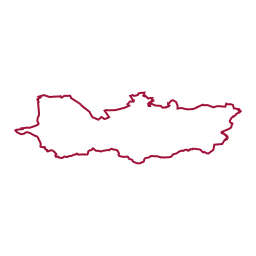 the district of Ezeres pag., Saldus, Latvia
{"feature_id": "27541924B94087058681493", "entity_name": "Ezeres pag.", "entity_type": "district", "adm_level": 2, "iso_a3": "LVA", "parent_name": "Latvia", "parent_adm1": "Saldus", "projection": "equal_earth", "projection_center": [22.341, 56.433], "detail": "fine", "context": "isolated", "style": "outline", "palette": "rose", "viewbox_px": 256, "rotation_deg": 0, "n_neighbors": 0, "source": "geoboundaries", "source_scale": "gbopen_adm2", "svg_char_len": 5710}
<svg xmlns="http://www.w3.org/2000/svg" viewBox="0 0 256 256"><path d="M15.4,130.3L16.1,131.4L17.4,132.5L19.2,133.4L20.7,134.0L21.7,134.2L22.6,134.1L24.3,133.5L25.9,132.4L26.5,132.3L27.8,132.3L29.1,132.7L30.3,133.2L33.2,134.9L35.0,135.8L36.7,136.3L37.5,137.0L37.8,137.4L38.3,138.3L39.0,140.1L39.4,140.8L39.7,141.1L40.1,141.9L40.2,142.6L40.8,143.9L40.6,145.2L40.4,146.1L40.5,146.6L40.8,146.8L41.5,147.0L42.8,147.1L44.3,147.0L44.9,147.3L45.0,147.5L44.6,148.1L44.6,148.3L45.7,149.4L47.1,149.9L47.2,150.4L47.0,150.7L47.0,151.0L47.3,151.4L47.7,151.4L48.5,151.1L49.1,151.1L49.9,150.5L51.2,150.3L52.0,150.4L52.5,150.5L53.0,150.8L53.5,151.2L53.9,151.6L54.7,152.2L55.4,153.2L56.1,153.7L56.3,154.4L56.2,154.6L55.9,154.9L55.5,155.2L55.3,155.4L55.7,156.6L56.1,156.9L56.7,156.9L57.5,156.5L58.1,156.5L58.5,156.8L58.6,157.3L59.0,157.6L61.3,158.0L61.8,158.0L62.8,157.6L64.0,156.7L64.4,156.5L64.8,156.5L65.7,156.9L67.2,157.1L68.4,156.3L71.7,155.8L74.1,154.6L75.8,154.5L76.0,154.4L76.3,153.8L76.8,153.6L77.4,153.7L78.4,154.7L78.7,154.7L79.5,154.5L81.3,154.5L82.1,154.4L83.1,154.3L83.7,154.5L84.2,154.6L85.7,154.4L87.2,154.5L87.8,153.8L88.0,153.4L88.1,152.6L88.2,151.6L88.4,151.3L88.9,150.8L90.0,150.3L90.7,150.3L91.4,150.1L91.8,149.7L92.0,149.3L92.3,148.8L92.7,148.5L93.2,148.5L93.8,148.7L94.2,149.4L95.6,150.5L96.5,150.8L99.0,150.9L100.4,151.4L100.7,151.4L101.3,151.4L102.8,150.8L104.5,150.6L107.0,150.1L107.9,150.0L108.6,150.2L109.1,150.3L109.4,150.1L110.7,149.0L111.5,148.8L111.8,148.8L112.7,149.3L115.1,149.8L115.7,149.8L116.7,150.1L117.3,150.5L117.6,150.7L117.7,151.3L118.0,151.7L118.6,152.5L118.6,152.9L118.9,153.4L119.0,153.9L118.9,154.2L118.5,154.7L118.9,155.7L119.1,155.9L119.7,156.1L120.3,156.2L121.2,156.5L123.9,156.9L127.5,156.6L127.8,156.8L128.4,157.3L128.6,158.2L128.8,158.6L129.6,159.0L131.9,159.7L132.4,160.1L132.5,160.4L132.5,160.7L132.6,161.0L133.6,161.9L136.1,162.9L138.3,163.4L139.4,163.4L140.4,163.1L141.6,162.5L141.9,162.2L142.8,162.2L143.6,161.6L143.8,161.4L144.0,161.0L144.1,160.5L144.1,160.0L144.2,159.6L144.7,158.8L145.2,158.3L145.9,158.0L147.8,157.7L148.6,157.5L150.4,156.5L150.9,156.0L151.5,156.0L152.4,156.1L153.4,156.1L155.4,156.3L156.3,156.3L157.1,156.1L158.8,156.8L160.4,157.2L160.7,157.5L162.5,157.2L163.6,157.5L164.7,157.5L166.2,157.3L168.0,157.3L169.8,157.1L170.8,156.8L171.2,156.6L172.2,155.6L172.5,155.0L172.6,154.7L172.9,154.4L176.2,153.5L177.2,153.0L178.8,151.8L179.9,151.2L181.0,151.0L182.4,150.5L182.7,150.6L183.1,150.8L183.5,150.9L184.4,150.2L186.3,149.7L186.8,149.7L187.5,150.0L187.7,150.6L188.3,150.6L188.7,150.6L189.0,150.4L189.1,150.2L189.7,150.0L189.8,149.9L189.7,149.6L190.1,149.3L190.4,149.2L190.9,149.1L191.4,149.3L192.3,149.4L192.5,149.0L192.6,148.9L193.6,148.7L199.3,149.4L200.1,149.6L200.5,149.8L201.4,150.8L201.9,151.1L202.6,152.1L202.9,152.3L203.2,152.4L204.1,152.0L204.4,152.0L205.1,152.3L206.2,153.1L206.6,153.3L207.4,153.3L208.5,153.5L208.6,153.4L210.8,151.7L211.7,151.0L212.5,150.6L213.5,149.5L213.8,147.3L214.1,146.4L214.3,144.7L222.2,144.0L224.2,140.7L225.1,139.6L225.2,139.9L225.5,140.0L225.7,139.9L226.1,139.3L226.7,139.2L226.9,139.2L226.9,138.6L227.2,138.4L227.3,138.3L227.2,138.0L227.4,137.8L227.1,137.6L227.4,137.3L227.4,136.5L226.2,136.1L225.9,135.9L225.9,135.7L226.3,135.4L225.7,134.8L224.7,134.7L224.7,134.2L224.1,133.9L223.9,133.7L222.5,133.5L222.0,133.3L221.9,133.2L222.1,133.1L222.7,133.1L222.9,132.6L223.2,132.1L223.1,131.9L222.8,131.9L221.8,132.1L221.7,132.0L221.7,131.9L222.9,131.5L223.7,131.1L227.2,129.7L230.2,128.2L230.7,127.8L231.3,127.0L231.8,124.9L232.4,123.5L230.5,122.7L229.8,120.9L231.5,117.9L232.7,116.9L232.8,116.6L233.3,116.5L233.7,116.6L234.0,116.2L234.7,115.8L235.7,115.0L235.9,114.7L236.1,114.2L236.9,113.5L238.8,112.8L239.3,112.4L239.8,112.2L240.2,111.7L240.1,111.3L240.5,111.2L240.3,110.9L239.9,110.9L240.1,110.7L239.8,110.5L239.3,110.3L239.5,110.2L239.2,109.9L239.2,109.5L238.7,109.6L238.7,109.2L238.0,109.2L237.8,109.0L237.5,109.0L233.9,108.3L232.9,105.0L230.3,104.1L228.2,104.4L226.3,103.6L225.3,106.7L217.4,106.1L213.2,107.3L207.9,105.2L207.3,105.1L202.3,105.1L202.3,104.9L197.4,107.0L197.5,107.2L196.7,107.5L194.3,108.7L191.2,109.2L187.1,109.3L183.3,108.5L181.6,108.0L180.3,108.1L177.5,108.6L177.6,106.0L176.6,103.3L176.4,102.6L176.0,102.0L173.0,100.2L171.1,100.8L168.7,103.7L168.1,103.4L168.1,104.0L168.1,104.9L169.1,105.5L168.9,105.6L168.8,106.4L168.3,106.5L167.2,106.9L166.1,107.0L166.0,107.5L162.5,107.6L160.7,105.9L155.2,105.5L152.0,104.0L151.2,103.0L150.0,104.5L150.2,106.0L148.6,106.0L148.1,103.8L149.7,102.2L153.3,100.9L153.4,100.3L151.8,99.8L151.9,98.6L152.3,98.1L150.5,97.9L149.4,98.2L148.3,98.6L147.6,98.0L147.3,97.6L146.3,96.6L145.3,96.5L145.3,95.9L143.6,96.0L143.3,95.7L144.3,94.9L144.0,94.4L144.4,92.6L143.0,92.9L142.4,92.7L139.5,93.2L139.3,93.1L138.5,93.5L137.8,95.0L137.7,95.1L134.1,95.9L133.1,95.2L132.8,95.1L130.3,95.9L132.9,100.0L133.9,100.4L133.5,101.6L130.0,101.5L128.7,103.0L127.5,104.2L129.2,105.7L124.8,107.7L115.6,110.1L109.0,110.3L106.2,110.1L105.4,110.4L104.6,110.7L109.1,117.2L106.6,118.4L104.3,119.0L101.5,117.0L98.4,119.7L92.3,117.1L90.4,113.6L89.5,111.8L85.4,108.6L83.9,107.6L84.0,107.5L82.0,105.9L79.6,103.5L71.0,98.0L70.7,97.0L70.7,96.6L70.3,96.2L70.1,95.8L64.2,95.9L61.8,97.6L60.7,97.1L60.5,96.2L59.3,96.5L59.1,96.4L53.3,96.7L51.2,96.9L51.0,97.0L48.9,96.8L43.8,95.1L43.0,95.4L39.2,96.5L40.7,97.2L40.7,97.4L40.1,97.7L38.4,98.2L37.7,98.8L38.1,99.5L37.5,99.9L38.3,100.9L38.5,101.7L38.2,101.7L38.3,102.5L38.1,102.6L39.1,114.3L39.0,115.2L38.8,115.7L37.8,117.5L37.3,120.9L37.5,121.5L38.2,122.7L38.5,123.4L38.5,123.9L38.4,124.3L37.9,124.5L36.3,125.5L35.5,125.8L29.9,127.7L29.3,127.8L27.6,127.6L21.8,128.3L22.4,129.1L17.2,129.7L16.4,129.8L15.4,130.3Z" fill="none" stroke="#9f1239" stroke-width="2"/></svg>